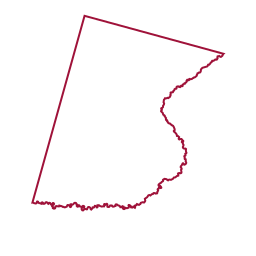 outline of Anelo, Neuquén, Argentina, rotated 285°
{"feature_id": "61730980B32081384015227", "entity_name": "Anelo", "entity_type": "district", "adm_level": 2, "iso_a3": "ARG", "parent_name": "Argentina", "parent_adm1": "Neuquén", "projection": "natural_earth1", "projection_center": [-69.333, -38.186], "detail": "fine", "context": "isolated", "style": "outline", "palette": "rose", "viewbox_px": 256, "rotation_deg": 285, "n_neighbors": 0, "source": "geoboundaries", "source_scale": "gbopen_adm2", "svg_char_len": 5758}
<svg xmlns="http://www.w3.org/2000/svg" viewBox="0 0 256 256"><g transform="rotate(285 128 128)"><path d="M225.1,57.0L31.2,55.0L31.4,55.6L31.1,56.7L31.2,58.5L31.7,59.1L33.4,59.2L33.6,59.6L33.5,60.2L32.7,60.8L32.4,61.6L32.6,62.3L32.4,63.6L32.4,64.3L32.7,64.6L33.4,64.1L33.7,64.0L34.0,64.4L33.8,65.2L32.9,65.9L33.0,66.5L33.5,67.2L34.1,67.5L34.7,67.6L35.2,68.2L35.2,69.0L34.4,70.0L34.1,70.7L34.4,70.9L35.0,70.8L35.3,71.1L35.4,71.5L35.2,72.0L35.3,72.4L34.7,73.0L34.2,73.3L34.1,73.6L34.7,74.6L36.0,74.8L36.2,75.5L35.6,76.2L35.1,76.2L34.5,75.9L34.1,75.3L32.8,74.9L32.5,75.1L32.2,76.2L31.9,76.4L31.1,76.3L30.9,77.1L31.1,77.8L31.5,78.3L32.3,78.5L33.1,78.2L33.8,78.6L34.1,79.2L34.2,80.9L34.4,81.6L35.3,81.7L35.3,82.7L35.1,83.2L35.4,84.1L34.9,85.4L35.2,86.2L34.9,87.0L35.2,87.9L36.2,89.2L37.7,89.4L38.0,89.7L38.1,90.1L38.0,90.8L37.7,91.5L36.7,92.6L36.7,92.9L37.3,93.4L37.8,93.4L38.4,92.9L38.7,92.2L39.2,92.1L39.7,92.7L39.3,93.7L39.5,94.2L40.3,94.9L41.6,95.5L42.0,96.0L42.1,96.4L42.0,97.3L41.1,97.8L41.1,98.4L40.9,98.6L40.2,98.7L39.5,98.6L38.9,99.5L39.0,99.9L39.3,100.2L40.4,100.2L40.7,100.4L40.7,100.8L40.5,101.1L39.8,101.7L39.8,103.6L40.0,103.9L41.1,104.6L41.2,104.9L41.2,105.6L40.6,106.2L40.0,106.1L39.7,105.8L39.7,105.3L39.2,104.4L38.5,104.0L37.4,104.3L36.7,105.1L36.7,105.5L36.8,106.0L38.7,107.1L38.8,107.8L38.7,109.1L38.9,109.5L40.7,109.7L41.4,110.1L41.6,111.0L41.2,112.2L40.9,112.5L39.9,113.0L39.7,113.6L41.1,114.4L41.7,114.6L42.2,114.5L42.4,115.6L42.7,115.8L44.2,116.1L44.3,116.8L44.1,117.5L43.7,118.1L43.2,118.3L43.2,118.6L44.0,119.1L45.5,118.6L45.9,119.9L45.4,121.0L45.3,123.1L45.8,123.9L46.1,125.2L46.9,125.3L47.9,124.7L48.4,124.8L48.6,125.3L48.0,126.1L49.3,127.2L49.2,127.5L48.5,128.0L46.7,128.4L46.5,129.1L46.9,130.2L47.4,130.5L48.5,130.8L48.7,131.3L49.0,132.4L48.8,132.8L48.4,132.9L48.1,133.7L48.4,134.7L49.3,135.5L49.3,135.9L49.5,136.2L50.0,136.1L50.5,135.8L50.9,135.9L51.2,136.3L51.2,137.5L50.7,138.3L50.6,139.3L50.7,139.8L50.3,140.5L49.5,141.1L49.6,141.6L50.1,142.2L51.0,142.8L50.9,143.4L50.9,144.2L50.6,144.4L50.0,144.4L49.1,143.8L48.8,144.1L48.6,144.8L48.7,145.3L49.1,145.8L50.3,146.3L50.2,147.7L51.2,149.2L52.2,149.3L53.4,148.5L53.8,148.6L53.9,148.8L53.9,149.6L53.3,150.9L52.8,151.4L52.3,151.3L52.1,151.5L52.3,152.8L53.4,153.4L53.0,154.2L52.7,155.3L53.5,155.4L54.5,154.7L54.8,154.7L55.0,154.9L55.6,156.1L56.4,156.1L56.9,156.3L56.8,157.1L56.5,158.0L56.7,158.7L57.3,159.0L57.7,159.6L59.0,159.7L60.1,161.4L60.2,162.0L60.1,162.7L60.7,163.1L61.4,163.4L62.2,163.5L64.0,162.6L66.1,164.4L68.2,165.1L68.8,165.9L68.6,167.1L70.2,168.1L70.6,169.1L71.1,169.4L71.6,169.4L71.8,169.6L72.1,170.8L71.8,171.4L71.8,171.7L72.4,173.0L73.0,173.1L73.7,172.8L75.3,173.3L76.4,172.5L76.8,172.6L77.4,173.3L77.9,173.2L78.8,173.3L78.9,173.5L79.0,173.8L78.4,174.9L78.5,175.2L78.8,175.6L79.1,175.6L79.6,175.2L80.4,174.1L80.0,173.1L80.3,172.9L80.4,172.4L80.7,172.3L81.3,172.2L82.7,173.1L83.6,174.1L84.6,174.5L85.6,175.5L86.1,175.6L87.0,175.2L87.3,175.4L87.7,175.9L88.3,176.3L88.5,177.7L88.5,178.5L88.3,179.0L87.9,179.5L87.8,179.9L87.8,180.3L88.4,180.6L88.7,181.0L89.0,181.8L89.0,182.7L89.1,183.0L90.6,184.6L92.0,185.1L92.6,186.5L94.2,187.6L95.0,188.9L95.9,188.8L96.7,188.1L97.2,188.2L97.8,189.1L97.9,190.6L98.4,191.1L99.2,191.1L101.2,190.1L101.7,190.1L102.1,190.4L102.5,190.4L103.1,190.0L103.8,189.0L104.6,188.9L106.0,189.6L106.9,189.7L108.0,190.0L108.2,190.3L108.1,190.7L107.1,191.8L107.9,192.9L109.1,193.3L109.9,193.1L110.7,192.3L112.0,192.1L112.7,191.8L112.7,190.9L112.9,190.7L114.0,190.5L115.2,189.7L115.7,189.8L115.9,190.3L116.4,190.6L118.0,190.0L118.5,190.7L119.1,190.9L120.1,190.2L121.3,189.7L122.7,189.5L123.0,188.9L122.7,188.1L122.7,187.0L123.2,186.2L123.8,185.9L125.6,186.1L126.1,186.0L126.9,185.1L128.0,184.8L128.1,184.0L128.4,183.6L128.8,183.6L129.1,184.6L129.6,184.8L130.0,184.6L130.2,183.6L130.8,183.2L131.2,182.5L131.0,181.7L130.2,180.5L130.5,179.9L130.9,179.7L132.4,179.8L133.1,178.5L133.0,177.3L134.0,176.9L134.7,176.3L135.7,174.9L136.1,174.2L136.1,173.9L136.7,173.1L137.1,173.0L137.8,173.6L138.4,173.4L138.9,173.4L140.9,171.9L141.8,170.9L141.9,170.4L142.0,169.5L142.4,169.2L142.6,168.1L143.1,167.7L143.2,166.9L143.1,166.1L143.5,165.3L144.0,165.0L144.1,164.7L144.6,164.5L144.7,164.0L145.5,163.8L145.7,163.5L145.5,163.0L145.7,162.6L146.8,162.1L147.4,162.2L148.9,160.3L149.2,160.0L149.5,160.1L149.9,159.2L150.0,158.6L151.6,157.6L152.6,155.7L153.3,155.6L153.8,156.0L154.7,155.9L155.1,155.1L155.6,155.0L155.9,155.2L156.3,155.9L157.3,156.4L158.5,156.1L160.0,156.6L161.2,156.5L162.0,155.7L164.6,155.4L165.4,155.9L166.2,156.0L166.2,156.4L166.6,157.0L166.7,157.7L167.4,158.4L167.4,159.3L167.8,159.4L168.6,160.3L170.4,160.7L170.9,160.3L171.6,160.5L173.2,160.0L173.6,160.4L173.8,161.3L174.2,162.1L175.5,162.2L176.2,162.9L177.5,162.9L178.1,163.4L178.5,164.5L179.0,164.6L180.1,164.3L180.8,164.7L181.0,165.1L181.1,165.9L181.3,166.1L181.3,166.5L180.9,166.8L181.0,167.8L181.5,168.1L182.0,168.0L182.4,168.2L182.4,169.5L182.6,169.8L183.5,169.7L183.8,169.5L184.2,169.7L184.6,170.4L185.5,170.8L185.6,171.5L186.5,171.6L187.2,172.5L187.9,172.5L188.8,172.9L189.1,172.4L189.9,172.7L190.1,173.3L189.8,174.2L190.0,174.5L190.4,174.6L191.0,174.4L191.3,174.6L191.4,174.9L191.1,175.4L191.9,177.0L192.9,177.7L193.3,178.3L193.7,178.4L194.4,179.6L196.1,180.8L196.6,180.9L197.2,180.7L197.6,180.9L198.8,181.0L198.9,181.4L199.9,182.1L200.1,183.0L200.9,183.5L202.0,183.6L203.1,183.3L203.7,183.4L205.4,184.3L208.0,188.6L208.7,188.9L209.9,189.0L210.1,189.3L210.2,190.1L210.4,190.2L211.7,190.8L212.6,190.9L213.2,191.7L214.7,191.9L214.8,192.1L214.7,192.6L215.5,193.7L216.7,194.5L217.0,195.2L216.8,195.5L217.1,196.1L218.4,196.5L219.4,196.0L220.4,196.0L220.7,196.9L221.2,197.4L220.7,198.6L220.7,199.3L222.1,200.4L224.1,200.8L224.4,201.0L225.1,57.0Z" fill="none" stroke="#9f1239" stroke-width="2"/></g></svg>